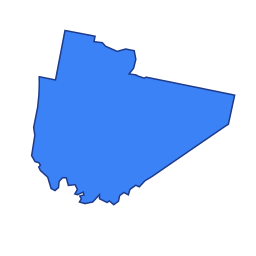 the district of Duval, Florida, United States of America, rotated 192°
{"feature_id": "52423323B60640707975629", "entity_name": "Duval", "entity_type": "district", "adm_level": 2, "iso_a3": "USA", "parent_name": "United States of America", "parent_adm1": "Florida", "projection": "robinson", "projection_center": [-81.627, 30.345], "detail": "fine", "context": "isolated", "style": "filled", "palette": "blue", "viewbox_px": 256, "rotation_deg": 192, "n_neighbors": 0, "source": "geoboundaries", "source_scale": "gbopen_adm2", "svg_char_len": 941}
<svg xmlns="http://www.w3.org/2000/svg" viewBox="0 0 256 256"><g transform="rotate(192 128 128)"><path d="M30.5,182.3L92.2,181.8L120.9,181.5L122.5,180.1L129.0,180.9L131.3,181.6L138.2,181.1L135.0,187.5L134.6,196.8L138.0,204.9L146.7,204.8L154.5,200.7L167.0,203.3L170.8,206.1L179.2,205.4L179.3,210.9L209.9,210.3L208.9,159.9L210.7,159.9L225.5,159.7L223.9,152.5L222.1,142.3L220.7,129.7L220.4,108.9L217.6,101.5L216.5,80.9L212.0,75.8L207.9,75.5L205.9,73.4L207.2,71.3L204.8,68.1L196.3,63.2L190.6,52.8L186.4,51.6L183.6,55.3L184.3,61.4L181.7,65.7L178.0,66.5L174.4,59.4L168.0,61.6L164.7,57.4L166.3,52.5L163.7,52.2L158.4,56.0L157.2,53.3L161.0,51.4L158.9,49.0L160.1,45.5L154.3,45.1L147.1,48.3L142.0,56.9L141.2,52.9L133.0,50.8L131.0,52.8L126.0,50.0L122.1,54.4L122.1,60.2L118.6,64.1L113.8,62.7L113.3,68.4L108.5,73.6L104.7,72.8L100.4,80.0L94.1,85.9L63.7,118.0L34.0,149.2L30.6,152.6L30.5,182.3Z" fill="#3b82f6" stroke="#1e3a8a" stroke-width="1.5"/></g></svg>